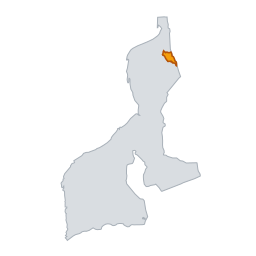 Massingir, Gaza, Mozambique (highlighted), rotated 177°
{"feature_id": "85939544B66771942168992", "entity_name": "Massingir", "entity_type": "district", "adm_level": 2, "iso_a3": "MOZ", "parent_name": "Mozambique", "parent_adm1": "Gaza", "projection": "orthographic", "projection_center": [32.187, -23.787], "detail": "fine", "context": "in_parent", "style": "filled", "palette": "amber", "viewbox_px": 256, "rotation_deg": 177, "n_neighbors": 0, "source": "geoboundaries", "source_scale": "gbopen_adm2", "svg_char_len": 5239}
<svg xmlns="http://www.w3.org/2000/svg" viewBox="0 0 256 256"><g transform="rotate(177 128 128)"><path d="M72.8,176.5L74.6,175.1L86.5,162.0L87.2,161.4L86.2,159.3L87.8,156.7L88.0,152.8L88.5,152.2L90.3,150.8L92.8,146.8L94.4,143.6L94.6,142.1L92.4,137.8L91.7,135.5L92.4,133.5L92.7,131.7L92.3,131.1L90.9,130.3L90.7,129.5L90.7,128.5L91.0,127.9L92.7,127.1L93.1,126.6L94.5,121.6L94.1,117.8L94.1,113.5L94.4,109.1L94.3,106.6L93.2,103.7L93.1,101.6L93.9,100.2L94.0,99.3L91.4,98.8L90.0,97.6L84.9,95.7L80.9,95.5L77.6,92.6L75.0,92.1L71.7,90.0L61.2,89.7L60.9,89.5L60.4,83.2L60.0,81.1L58.7,78.8L58.3,77.3L58.4,76.2L64.2,73.9L75.6,70.5L78.1,69.4L97.5,63.0L98.1,63.4L100.0,66.7L103.2,70.5L104.0,70.0L108.7,69.4L109.4,69.0L110.8,68.6L112.4,68.5L113.0,68.7L114.7,71.0L115.2,75.4L115.2,78.4L115.0,80.5L113.6,82.9L112.6,85.9L111.1,87.6L111.1,88.3L112.8,90.2L113.1,91.0L113.0,92.6L113.2,93.2L114.7,94.2L115.8,95.8L119.9,100.3L121.0,101.1L121.8,101.3L122.2,102.2L122.0,103.2L121.3,103.8L121.5,104.6L122.3,105.3L124.2,105.2L124.5,104.9L124.4,101.0L123.8,98.7L123.0,97.6L124.7,93.4L125.6,92.3L128.7,91.9L130.2,91.5L130.8,91.0L131.3,89.7L131.7,86.0L131.9,82.5L131.6,80.4L132.1,77.3L132.8,75.4L132.5,75.0L132.3,72.4L124.5,61.8L120.1,57.1L119.4,56.6L116.9,56.2L115.6,54.5L114.6,45.2L113.0,38.4L115.6,34.1L116.5,31.3L117.1,30.8L119.3,30.7L127.2,31.0L129.1,31.3L130.0,31.0L132.1,29.4L133.8,29.4L136.0,30.6L137.3,31.6L137.5,32.4L139.0,32.9L141.8,33.1L143.9,32.8L145.2,31.8L146.5,31.4L147.9,31.3L149.0,31.7L149.7,32.5L151.1,33.0L153.1,33.4L155.4,33.1L157.8,31.9L159.3,30.6L160.0,28.5L160.5,28.2L163.9,28.1L165.8,28.6L168.1,30.1L172.1,27.8L174.7,27.1L177.1,27.2L179.2,26.8L180.7,25.7L182.4,25.0L185.8,24.3L188.1,23.2L194.5,18.9L195.2,20.3L196.4,21.6L194.7,22.9L196.1,23.8L195.0,25.1L194.9,26.0L195.4,26.9L194.6,28.3L193.7,29.4L193.4,30.3L194.2,31.9L193.7,34.7L194.8,39.4L194.4,40.9L194.5,44.5L194.0,45.8L194.8,46.3L195.2,47.8L194.8,50.3L193.3,51.3L193.2,52.3L194.9,52.4L194.8,55.6L194.5,56.6L194.9,57.7L194.4,58.8L194.8,64.0L194.7,67.7L194.8,68.3L196.2,69.0L196.2,70.0L195.2,71.3L195.2,73.3L196.3,71.8L196.9,71.8L197.4,72.5L197.4,74.7L197.7,75.9L197.5,76.9L195.7,78.6L195.5,80.4L194.8,80.6L194.5,81.0L194.9,82.1L194.9,83.0L193.5,85.8L187.4,92.3L187.3,93.4L185.7,95.5L184.1,95.8L183.2,96.3L183.8,98.2L175.8,102.6L175.0,103.3L173.7,105.0L171.1,105.8L168.3,105.8L167.8,106.1L161.4,108.1L160.1,109.1L157.4,109.9L153.1,112.2L149.6,114.3L145.6,117.6L145.0,119.5L143.1,121.8L140.2,124.6L138.5,126.9L138.4,127.9L137.4,128.2L136.6,127.2L136.2,129.1L135.5,129.2L134.8,128.8L131.3,130.8L128.6,133.0L124.9,137.4L119.5,141.6L118.2,141.7L116.6,140.2L115.7,140.0L117.0,141.7L116.9,145.3L116.1,149.6L116.2,150.5L119.7,155.1L121.3,160.4L121.4,163.2L123.1,166.7L123.7,172.0L123.5,176.8L124.3,177.6L124.6,176.9L124.8,173.9L125.3,173.1L125.8,173.2L126.2,174.9L126.3,176.6L125.6,180.4L125.7,182.0L126.6,184.6L125.5,187.6L123.7,195.9L124.1,196.5L124.9,196.7L125.2,195.8L125.6,195.8L125.9,196.3L125.1,199.6L124.5,201.0L122.1,204.5L120.9,206.0L118.8,207.4L114.0,209.6L104.5,212.9L98.4,215.4L93.6,218.5L91.6,220.6L90.7,223.0L89.1,225.5L90.4,227.6L92.2,229.1L93.0,226.6L93.5,226.6L92.6,237.0L86.1,237.1L84.3,236.8L83.2,236.8L83.1,232.5L82.4,229.3L82.7,226.9L82.6,225.7L81.2,224.9L80.9,222.4L81.6,220.4L81.6,204.5L79.3,196.8L76.1,191.2L75.9,188.4L74.5,182.3L72.8,176.5ZM117.3,37.9L118.2,37.5L118.3,36.8L117.8,36.4L117.3,36.4L117.1,37.7L117.3,37.9ZM116.8,36.5L116.1,35.9L115.6,36.1L115.5,36.5L116.0,37.2L116.5,37.2L116.8,36.5Z" fill="#d9dde1" stroke="#a8b0b8" stroke-width="1"/><path d="M76.3,187.7L76.2,188.5L76.2,190.3L76.3,191.2L77.6,192.6L77.9,193.1L78.0,194.5L78.9,196.7L80.3,197.6L80.3,198.2L80.7,200.7L81.2,201.6L81.5,201.6L81.7,201.4L81.8,201.4L82.0,201.3L82.1,201.2L82.3,201.1L82.5,201.1L82.8,201.0L83.0,201.1L83.3,201.1L83.5,201.2L83.8,201.1L84.0,201.2L84.3,201.3L84.5,201.4L84.6,201.5L84.7,201.4L84.8,201.4L85.1,201.5L85.3,201.7L85.5,201.6L85.8,201.7L86.0,201.6L86.3,201.6L86.5,201.7L86.7,201.8L86.8,201.8L86.8,201.7L86.9,201.8L87.0,201.9L87.1,202.0L87.3,202.0L87.4,202.3L87.5,202.4L87.6,202.5L87.8,202.7L87.9,202.8L87.9,202.7L88.0,202.8L88.0,202.7L88.1,202.8L88.1,202.7L88.2,202.8L88.3,202.8L88.5,203.0L88.6,202.9L88.9,202.2L89.0,201.4L89.4,199.9L89.5,199.9L89.7,199.7L89.5,199.4L89.4,199.2L89.4,198.9L89.2,198.9L89.0,198.7L88.9,198.7L88.7,198.7L88.5,198.4L88.4,198.3L88.2,198.3L88.1,198.2L87.9,198.0L87.8,197.9L87.7,197.8L87.6,197.7L87.5,197.4L87.4,197.2L87.4,196.9L87.2,196.6L87.1,196.3L87.0,196.2L86.9,195.9L86.8,195.7L86.8,195.4L86.7,195.2L86.4,194.9L86.1,194.5L86.0,194.3L85.9,194.0L85.7,193.8L85.7,193.7L85.4,193.4L85.2,193.3L85.2,193.2L84.9,192.7L84.8,192.4L84.4,192.3L84.2,192.4L83.8,192.4L83.4,192.4L83.2,192.4L82.8,192.4L82.6,192.4L81.9,192.5L81.7,192.5L81.5,192.4L81.3,192.4L81.2,192.4L80.9,192.2L80.7,192.0L80.7,191.9L80.8,191.8L80.7,191.8L80.7,191.7L80.6,191.4L80.6,191.2L80.4,191.0L80.2,191.2L79.9,191.0L79.9,190.9L79.7,190.9L79.6,190.7L79.5,190.8L79.4,190.8L79.3,190.7L79.2,190.5L78.9,190.5L78.7,190.5L78.4,190.5L78.2,190.4L78.0,190.2L77.8,190.1L77.7,190.1L77.4,189.7L77.2,189.5L77.2,189.4L77.2,189.2L77.1,188.9L77.0,188.7L76.9,188.6L76.9,188.4L76.9,188.2L76.8,187.9L76.7,187.8L76.4,187.8L76.3,187.7L76.3,187.7Z" fill="#f59e0b" stroke="#b45309" stroke-width="1.5"/></g></svg>